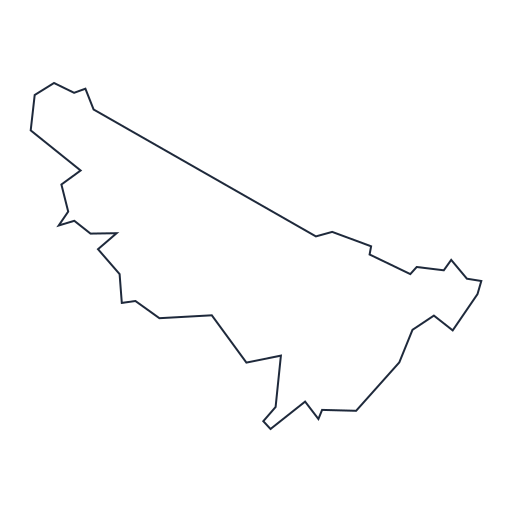 the district of Kisela Voda, Aerodrom, North Macedonia
{"feature_id": "65306769B41644037603367", "entity_name": "Kisela Voda", "entity_type": "district", "adm_level": 2, "iso_a3": "MKD", "parent_name": "North Macedonia", "parent_adm1": "Aerodrom", "projection": "natural_earth1", "projection_center": [21.486, 41.95], "detail": "fine", "context": "isolated", "style": "outline", "palette": "slate", "viewbox_px": 512, "rotation_deg": 0, "n_neighbors": 0, "source": "geoboundaries", "source_scale": "gbopen_adm2", "svg_char_len": 636}
<svg xmlns="http://www.w3.org/2000/svg" viewBox="0 0 512 512"><path d="M85.4,88.7L74.1,92.8L54.0,83.0L34.7,95.0L30.7,130.4L80.6,170.5L61.4,184.5L68.2,211.6L58.7,225.5L74.3,220.8L90.5,233.6L116.6,233.2L98.0,249.2L119.6,274.1L121.8,302.9L135.4,301.0L159.4,318.2L211.8,315.3L246.4,362.6L280.9,355.6L275.6,407.0L263.3,421.2L270.5,429.0L305.1,401.6L318.4,419.0L322.1,409.9L356.1,410.8L399.3,362.4L412.5,329.8L433.9,315.6L452.7,330.4L477.5,294.1L481.3,281.0L466.9,278.7L451.2,259.9L443.8,270.3L416.7,267.0L410.3,274.1L369.6,254.5L371.1,246.3L332.2,231.9L315.9,236.4L93.6,109.5L85.4,88.7Z" fill="none" stroke="#1e293b" stroke-width="2"/></svg>